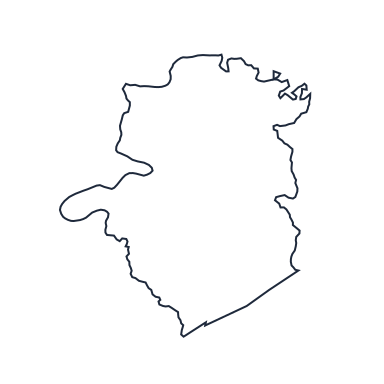 Rio Bonito do Iguaçu, Paraná, Brazil (Robinson projection), rotated 105°
{"feature_id": "56859067B65840110240263", "entity_name": "Rio Bonito do Iguaçu", "entity_type": "district", "adm_level": 2, "iso_a3": "BRA", "parent_name": "Brazil", "parent_adm1": "Paraná", "projection": "robinson", "projection_center": [-52.634, -25.559], "detail": "fine", "context": "isolated", "style": "outline", "palette": "slate", "viewbox_px": 384, "rotation_deg": 105, "n_neighbors": 0, "source": "geoboundaries", "source_scale": "gbopen_adm2", "svg_char_len": 3496}
<svg xmlns="http://www.w3.org/2000/svg" viewBox="0 0 384 384"><g transform="rotate(105 192 192)"><path d="M244.2,267.4L247.1,265.9L250.9,265.9L253.6,265.1L255.5,263.0L254.3,256.1L257.3,252.5L258.2,249.1L254.9,247.4L254.4,243.3L256.5,241.5L259.0,241.5L261.7,242.0L261.5,238.9L264.2,238.9L268.0,236.9L271.2,238.6L273.8,237.0L275.6,234.5L278.8,233.5L281.4,231.3L283.7,229.9L286.9,230.1L289.7,227.7L289.8,224.3L291.5,220.3L291.5,216.4L291.4,213.4L293.9,211.2L296.1,209.0L297.1,206.0L301.1,203.6L302.6,200.1L302.4,196.3L304.4,194.7L306.4,196.0L309.1,194.4L309.6,190.5L309.4,187.9L308.2,184.9L309.2,181.6L310.6,177.6L311.6,174.4L313.8,173.7L316.6,172.6L318.8,170.0L321.7,168.4L322.9,166.0L325.3,166.0L328.0,166.1L332.4,165.6L333.9,162.7L332.1,161.0L328.3,157.6L314.3,144.9L317.5,144.7L288.0,109.7L286.2,108.2L266.7,92.2L240.3,68.9L240.4,72.1L238.5,74.6L237.2,76.8L233.8,78.5L231.2,79.1L228.7,79.3L225.8,79.0L221.9,77.6L217.7,77.7L214.3,78.1L211.7,79.3L208.4,79.7L204.3,77.5L201.4,78.1L197.8,86.0L195.4,86.6L192.7,89.0L191.0,90.8L188.6,91.7L184.4,96.3L183.1,99.2L184.0,102.5L180.7,104.7L178.5,109.7L175.2,109.4L173.2,106.0L171.0,101.7L172.5,97.3L172.2,92.8L170.1,90.9L167.9,90.7L164.3,90.4L161.1,91.1L156.6,94.5L153.4,94.6L151.5,96.6L148.8,98.4L146.0,101.1L143.3,102.1L137.6,103.1L135.6,105.2L132.1,105.5L127.2,105.4L124.5,106.1L123.2,109.1L121.6,112.1L121.1,115.3L119.0,118.1L117.4,122.9L110.9,125.5L110.5,129.2L107.3,130.3L105.1,127.2L105.6,124.1L103.5,118.9L101.4,116.0L98.9,111.2L94.6,110.0L91.2,107.7L88.1,106.8L85.3,102.2L81.6,101.7L79.4,101.9L77.0,101.4L74.5,102.2L70.9,102.2L66.6,103.2L71.1,106.1L73.3,108.0L74.5,111.2L72.2,111.9L68.2,111.4L64.0,112.4L63.5,107.7L59.5,109.1L58.3,111.4L61.0,113.4L63.3,116.3L68.3,119.4L70.3,121.1L71.4,118.2L72.6,115.8L75.3,115.9L76.6,118.4L73.7,124.7L72.9,127.7L75.4,129.1L78.5,130.9L76.4,133.1L72.2,132.8L70.3,129.9L64.6,125.5L59.2,128.9L62.6,133.8L61.3,138.6L62.1,142.3L63.8,145.5L66.7,151.0L67.0,153.8L67.0,156.9L65.9,159.5L63.2,159.4L59.4,158.6L55.8,160.4L56.6,164.2L54.2,167.6L55.1,170.5L54.6,173.3L52.2,175.6L50.1,179.4L51.8,183.4L52.5,185.8L52.8,188.5L54.9,191.4L58.1,191.5L63.1,189.0L66.0,187.9L66.7,190.3L64.5,196.1L62.5,198.2L57.7,197.3L54.5,197.5L51.7,199.1L53.3,201.8L53.9,204.7L55.6,210.8L56.9,216.9L58.6,221.7L61.4,226.6L63.4,231.7L64.2,235.5L65.5,237.5L68.2,240.0L70.4,241.5L73.4,243.2L76.2,243.3L79.3,244.3L81.4,244.8L85.4,242.6L88.6,241.8L91.9,242.2L94.4,243.3L96.2,245.2L98.2,248.4L99.4,251.7L100.2,255.1L101.2,261.6L102.1,265.6L103.4,269.5L103.2,274.6L104.9,279.3L104.6,283.8L110.4,285.6L113.1,283.0L116.3,280.6L118.7,279.5L120.1,277.6L121.3,275.3L124.6,274.4L131.1,274.4L133.4,277.9L135.8,278.7L140.2,278.6L146.7,278.7L150.1,277.5L152.6,275.8L155.1,275.0L158.2,275.3L160.8,275.1L164.3,276.3L167.9,276.8L171.3,276.1L172.8,274.2L173.2,270.6L174.3,263.7L176.3,257.9L176.5,252.5L176.1,245.9L177.0,240.7L179.0,237.1L181.6,235.6L184.5,237.2L186.9,239.9L188.7,242.8L188.7,250.7L189.0,253.9L190.0,257.4L192.9,260.7L196.3,262.7L198.6,263.7L204.5,266.3L208.0,268.2L209.8,270.3L209.8,278.0L209.2,282.7L210.5,285.8L216.4,293.6L218.9,297.3L223.8,304.0L225.9,306.4L228.6,309.3L233.7,312.8L237.1,314.3L240.2,315.1L243.5,314.9L246.9,312.7L249.3,310.1L250.3,307.8L251.0,304.7L251.2,301.4L250.7,298.9L248.1,292.9L246.3,290.1L244.2,287.7L237.7,283.1L234.6,279.0L232.7,275.5L232.3,271.7L233.1,268.9L234.5,267.0L238.2,266.6L242.0,267.6L244.2,267.4ZM54.8,137.5L54.2,144.4L62.1,142.3L58.4,138.6L54.8,137.5Z" fill="none" stroke="#1e293b" stroke-width="2"/></g></svg>